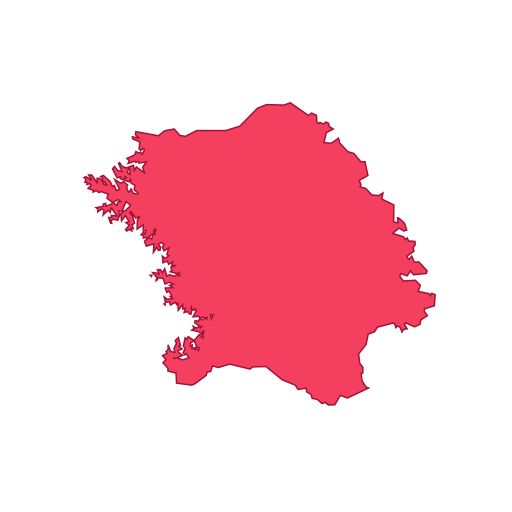 the district of Nioaque, Mato Grosso do Sul, Brazil, rotated 138°
{"feature_id": "56859067B14373210105455", "entity_name": "Nioaque", "entity_type": "district", "adm_level": 2, "iso_a3": "BRA", "parent_name": "Brazil", "parent_adm1": "Mato Grosso do Sul", "projection": "natural_earth1", "projection_center": [-55.801, -21.112], "detail": "fine", "context": "isolated", "style": "filled", "palette": "rose", "viewbox_px": 512, "rotation_deg": 138, "n_neighbors": 0, "source": "geoboundaries", "source_scale": "gbopen_adm2", "svg_char_len": 6176}
<svg xmlns="http://www.w3.org/2000/svg" viewBox="0 0 512 512"><g transform="rotate(138 256 256)"><path d="M168.5,97.0L168.0,102.2L166.1,103.9L156.8,99.7L148.8,107.3L150.3,110.7L153.0,109.8L152.5,112.1L159.1,121.1L153.5,124.3L153.8,131.3L163.3,138.9L162.5,145.1L160.1,145.9L157.0,140.1L151.2,141.5L151.4,136.6L141.0,129.0L138.8,130.5L138.9,142.6L142.4,145.4L140.4,151.7L144.6,151.0L144.6,152.9L143.9,154.9L135.4,153.9L133.8,157.1L130.2,157.8L128.1,160.5L132.5,165.0L131.6,168.3L133.9,168.3L133.6,171.7L139.4,181.4L130.9,181.0L129.5,175.7L126.6,174.4L123.7,181.0L124.5,188.5L125.2,189.6L128.1,185.7L131.0,189.2L119.4,201.7L124.4,214.1L119.5,217.9L124.4,218.8L129.1,223.9L129.2,232.8L132.5,237.8L130.2,238.8L128.8,243.1L118.9,241.0L111.9,253.3L115.0,255.6L114.7,266.8L118.0,272.2L118.2,283.9L115.9,288.3L124.6,289.4L129.6,294.8L121.2,300.6L113.6,298.7L114.9,303.1L113.3,306.2L114.5,308.9L117.6,308.8L119.1,312.5L120.8,312.7L121.4,314.5L116.9,320.1L119.1,325.1L123.0,325.3L128.0,346.9L134.3,349.5L146.9,361.5L155.9,364.8L181.2,363.3L194.6,369.5L216.1,388.9L228.3,392.1L231.9,396.5L231.8,405.1L240.1,410.2L248.1,410.7L262.1,428.8L264.4,427.0L264.1,422.3L268.2,427.3L269.2,425.3L266.0,418.4L271.2,413.9L271.0,411.5L267.9,411.5L267.8,409.6L272.5,407.6L272.3,410.4L274.1,410.7L275.3,414.0L278.7,412.3L286.6,414.9L286.4,411.5L289.1,410.4L282.6,407.5L282.7,405.9L280.1,405.2L280.8,403.3L274.5,399.4L280.9,397.8L283.3,392.5L285.3,402.2L289.1,401.0L286.4,405.4L293.5,408.2L295.5,412.4L294.9,416.6L296.1,416.9L299.1,408.3L301.6,412.0L301.3,417.2L304.4,416.7L306.9,407.0L303.5,405.4L305.1,404.3L300.7,396.0L298.1,396.9L300.1,393.5L298.6,389.7L302.2,386.7L301.5,381.5L303.2,381.6L305.3,384.8L303.9,389.5L307.5,388.3L307.8,389.8L306.2,393.7L303.9,394.5L304.7,400.0L307.6,400.2L309.8,407.4L312.8,396.8L315.9,397.9L314.2,403.3L316.3,403.6L314.5,408.9L315.5,417.9L318.2,419.0L318.0,416.4L320.2,414.5L320.1,418.1L322.1,420.1L325.1,415.9L323.9,426.0L326.2,428.2L327.5,422.0L329.3,428.7L331.4,429.4L331.0,426.8L333.8,425.3L332.2,423.4L333.8,422.2L331.0,421.0L331.0,419.0L335.6,418.6L333.0,413.9L334.3,412.5L330.9,411.5L330.3,408.2L328.0,407.5L324.4,400.9L328.1,398.7L326.7,391.6L328.7,391.3L334.3,393.4L332.5,395.7L334.6,396.8L336.6,395.2L342.5,399.0L342.1,396.4L344.0,394.7L339.0,394.1L338.4,391.6L342.2,388.8L335.2,388.9L335.1,385.9L331.6,388.6L331.4,387.1L332.6,378.8L336.3,383.0L337.2,381.3L339.7,383.2L342.1,377.9L341.3,376.8L340.0,379.6L337.2,378.5L334.8,375.0L330.3,377.5L328.0,381.3L325.3,379.0L325.9,377.4L327.8,378.3L332.5,372.0L326.0,373.4L327.3,366.6L330.4,367.9L329.4,363.6L335.2,363.0L335.4,361.0L332.7,360.8L331.5,357.7L330.3,360.0L328.9,358.3L327.3,362.0L324.3,361.7L320.7,368.7L320.8,372.7L319.2,372.6L320.0,364.7L316.3,363.2L320.2,362.0L326.4,355.5L318.9,354.6L323.1,350.0L320.7,348.9L323.4,346.5L324.0,348.9L327.2,348.7L325.7,346.6L327.7,344.9L323.3,341.6L329.0,341.6L330.9,336.7L323.7,333.3L329.8,327.4L323.8,328.9L324.7,325.3L323.3,324.6L320.9,326.6L320.8,330.2L317.2,329.4L316.7,326.1L319.6,325.2L320.9,321.4L315.4,320.5L321.3,316.6L320.6,314.5L325.0,314.9L325.7,318.5L329.7,313.2L325.3,311.6L326.4,308.2L321.9,307.5L324.7,305.4L321.8,302.4L326.7,304.7L328.3,301.6L330.3,301.7L326.2,295.5L330.0,295.3L332.9,300.0L335.7,300.6L332.4,307.6L336.7,306.1L336.1,309.7L338.3,311.8L340.6,306.6L340.4,308.7L343.9,312.8L344.0,306.2L340.0,301.3L342.4,296.1L338.3,294.7L336.3,290.4L339.9,292.0L339.1,288.2L345.0,293.0L346.6,288.7L344.1,288.1L345.4,282.5L346.8,283.4L346.4,280.2L351.0,283.3L351.6,287.0L354.2,282.2L351.0,279.8L352.4,276.8L346.8,275.6L347.4,273.0L345.8,273.2L350.1,267.7L343.1,268.9L345.9,265.5L343.4,264.2L347.3,262.1L344.0,260.4L344.3,257.7L343.2,256.3L339.3,259.2L338.5,257.2L336.4,257.6L336.8,255.5L343.5,252.9L338.9,249.6L339.1,247.3L342.6,246.1L344.4,248.7L346.2,247.5L344.8,241.4L348.7,242.5L349.8,245.6L350.5,243.6L353.3,243.9L349.0,237.7L349.0,231.0L350.7,230.8L350.8,235.5L358.5,234.6L360.4,241.5L363.1,240.4L363.5,242.6L370.4,237.5L370.5,234.6L374.9,232.9L375.0,230.2L373.4,230.2L373.9,225.2L379.8,227.7L382.9,233.2L376.9,231.2L378.1,236.7L377.3,238.0L373.2,236.3L373.8,240.7L372.0,240.0L368.3,247.3L372.6,247.2L373.5,244.3L378.8,242.2L380.8,238.8L383.3,242.0L380.8,248.9L383.8,245.3L386.8,245.3L387.0,243.1L392.2,244.5L392.2,239.3L396.5,238.9L396.6,231.5L398.4,229.5L393.8,222.4L400.1,214.7L390.1,203.0L387.3,202.0L372.9,200.6L369.9,202.5L367.1,200.5L361.8,203.4L358.6,198.3L347.9,193.3L336.1,176.0L332.5,175.7L322.5,167.1L319.4,146.5L313.2,133.7L314.1,128.7L307.2,124.3L309.2,121.0L307.8,116.5L309.5,112.5L306.4,108.5L305.7,102.3L302.5,100.7L301.8,96.7L296.9,92.7L286.6,96.0L283.1,89.3L260.7,82.6L261.9,84.8L260.8,92.1L256.6,98.2L255.1,97.5L251.1,101.7L250.7,106.9L245.2,114.6L233.4,116.6L224.9,122.9L218.6,120.4L213.3,121.8L199.2,114.6L198.2,113.3L200.0,109.1L197.8,109.4L196.6,106.6L198.4,101.8L195.2,102.7L192.4,100.7L191.5,105.9L189.6,106.3L185.6,97.3L179.8,95.5L176.2,98.2L168.5,97.0ZM358.5,234.6L360.8,228.1L359.4,225.4L361.9,224.3L362.0,227.5L364.9,227.0L362.7,228.7L365.5,230.0L363.0,232.4L364.9,232.8L363.1,235.1L358.5,234.6ZM325.3,379.0L316.2,383.4L315.3,377.5L323.2,377.0L325.3,379.0ZM326.7,391.6L320.8,390.3L320.1,387.2L322.3,388.5L325.4,386.7L326.7,391.6ZM323.3,341.6L319.2,341.9L317.7,341.3L322.4,338.3L323.3,341.6ZM291.1,406.6L291.7,404.7L295.2,401.0L295.8,404.3L291.1,406.6ZM339.1,247.3L335.8,245.6L335.2,243.7L338.8,244.4L339.1,247.3ZM331.1,239.2L329.1,242.9L327.1,240.9L331.1,239.2ZM320.2,414.5L319.2,412.8L319.3,408.7L321.3,410.9L320.2,414.5ZM326.2,295.5L324.0,295.4L325.6,292.5L327.0,293.0L326.2,295.5ZM348.7,234.0L346.0,235.9L344.9,235.1L347.5,233.2L348.7,234.0ZM315.7,341.3L315.3,343.2L312.8,343.6L313.0,342.3L315.7,341.3ZM344.8,241.4L343.2,239.8L345.3,239.7L344.8,241.4ZM317.7,341.3L315.7,341.3L316.6,339.5L317.7,341.3ZM301.8,401.7L300.1,402.8L299.8,401.0L301.8,401.7ZM385.2,234.4L385.8,235.8L384.2,233.9L385.2,234.4ZM335.2,243.7L333.5,243.0L334.7,242.0L335.2,243.7ZM339.3,259.2L339.2,260.9L338.1,261.4L339.3,259.2ZM344.0,306.2L345.5,305.5L346.7,304.5L344.8,304.4L344.0,306.2ZM347.5,312.5L347.4,310.8L346.2,311.4L347.5,312.5ZM356.5,282.0L356.2,280.5L355.3,281.9L356.5,282.0Z" fill="#f43f5e" stroke="#9f1239" stroke-width="1.5"/></g></svg>